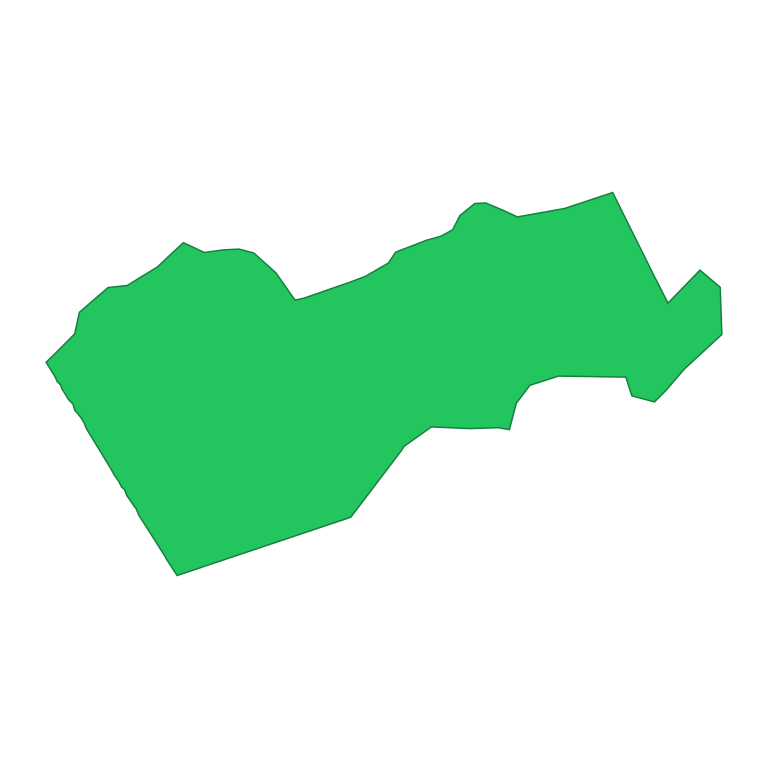 outline of Kaya, Lac, Chad
{"feature_id": "50815135B89390943871593", "entity_name": "Kaya", "entity_type": "district", "adm_level": 2, "iso_a3": "TCD", "parent_name": "Chad", "parent_adm1": "Lac", "projection": "robinson", "projection_center": [14.166, 13.535], "detail": "fine", "context": "isolated", "style": "filled", "palette": "green", "viewbox_px": 768, "rotation_deg": 0, "n_neighbors": 0, "source": "geoboundaries", "source_scale": "gbopen_adm2", "svg_char_len": 1160}
<svg xmlns="http://www.w3.org/2000/svg" viewBox="0 0 768 768"><path d="M612.7,192.5L564.5,208.5L517.4,216.9L502.2,209.9L485.7,203.0L474.8,203.5L460.0,215.4L452.6,229.8L440.9,236.2L426.6,240.2L395.7,252.1L388.4,263.0L365.3,276.4L347.9,282.9L329.4,289.3L303.8,298.2L297.3,299.7L294.7,299.7L276.0,272.9L253.8,253.0L239.1,249.1L223.2,249.9L204.3,252.5L183.3,242.7L167.2,257.7L157.4,267.0L143.2,275.6L127.2,285.5L108.1,287.5L79.4,312.3L74.7,333.8L60.0,348.7L46.1,362.3L55.1,376.8L57.3,381.8L60.7,384.9L61.6,388.3L68.8,399.9L72.8,403.9L74.1,407.9L74.9,410.5L76.1,411.8L80.5,417.0L84.0,422.6L86.4,428.7L109.8,467.0L111.0,469.0L114.6,475.6L118.9,481.6L121.0,485.9L121.6,487.1L124.5,489.5L125.6,492.3L127.1,496.0L133.5,505.3L135.1,507.6L135.7,507.6L138.7,515.0L148.6,530.5L162.7,552.7L164.7,555.8L166.0,558.3L166.5,559.2L177.1,575.5L350.8,517.2L401.0,451.1L404.0,446.4L431.4,426.9L470.2,428.6L498.1,427.7L509.4,429.6L516.3,403.3L529.9,385.3L558.4,376.1L625.8,377.1L631.9,395.9L654.5,401.9L665.9,390.5L684.3,369.1L721.9,334.4L720.2,287.3L700.0,270.1L668.0,303.1L658.7,284.8L655.4,278.5L612.7,192.5L612.7,192.5Z" fill="#22c55e" stroke="#15803d" stroke-width="1.5"/></svg>